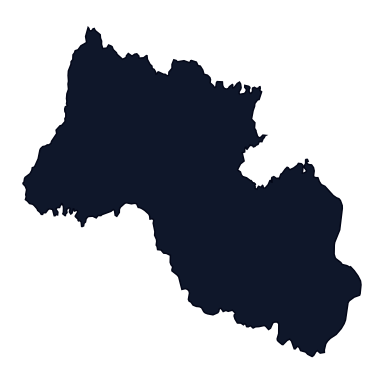 Venadillo, Tolima, Colombia (Equal Earth projection)
{"feature_id": "7082276B11434754616335", "entity_name": "Venadillo", "entity_type": "district", "adm_level": 2, "iso_a3": "COL", "parent_name": "Colombia", "parent_adm1": "Tolima", "projection": "equal_earth", "projection_center": [-74.942, 4.71], "detail": "fine", "context": "isolated", "style": "filled", "palette": "ink", "viewbox_px": 384, "rotation_deg": 0, "n_neighbors": 0, "source": "geoboundaries", "source_scale": "gbopen_adm2", "svg_char_len": 5865}
<svg xmlns="http://www.w3.org/2000/svg" viewBox="0 0 384 384"><path d="M324.9,186.3L321.3,184.6L319.3,181.5L317.9,177.7L315.7,177.7L313.8,176.9L313.6,175.3L314.2,170.9L313.5,167.6L311.6,164.9L308.5,164.5L307.0,163.3L306.8,162.0L308.2,161.3L307.4,159.4L306.1,159.4L305.6,159.9L305.6,163.5L304.2,166.1L304.6,168.0L306.4,170.4L306.3,171.4L305.5,172.3L303.0,173.3L302.3,173.1L303.2,166.3L302.5,164.7L301.2,163.7L298.4,163.4L297.3,165.2L293.6,168.0L290.2,169.6L289.5,169.5L288.2,167.7L287.1,167.3L285.2,169.2L282.2,173.4L280.9,174.1L279.2,178.8L278.1,178.1L276.8,178.6L273.8,176.6L271.9,177.5L271.6,178.6L272.2,180.6L272.2,182.0L271.3,182.2L270.6,180.4L269.9,180.6L268.2,184.6L265.1,188.1L263.5,188.0L262.8,185.6L262.4,185.4L261.1,187.3L258.5,186.3L256.8,189.3L255.2,188.5L254.8,188.0L255.3,187.0L254.6,185.7L255.4,184.5L255.2,183.9L253.9,182.8L253.1,183.0L251.1,180.6L250.5,180.7L246.6,177.8L242.6,176.5L241.3,174.7L240.4,171.9L237.9,170.2L237.7,169.3L240.5,163.9L244.1,161.0L242.2,152.8L244.7,151.9L244.7,149.0L245.3,147.4L246.0,147.2L246.5,148.9L247.1,149.2L250.2,144.8L251.0,145.6L252.3,145.3L253.4,146.9L254.9,146.4L256.2,145.1L258.0,144.4L259.3,141.5L261.9,141.7L263.2,138.6L264.2,137.7L265.1,135.7L265.7,135.4L262.9,135.1L260.4,137.6L258.9,137.6L257.6,136.4L256.1,131.9L256.0,130.6L254.5,128.2L254.9,122.7L251.5,119.1L253.1,110.6L254.6,106.3L254.8,103.6L257.5,99.9L259.1,99.5L261.6,91.8L259.8,90.5L260.3,88.1L260.0,86.7L259.4,86.8L258.8,87.9L257.3,88.4L256.1,88.4L254.5,87.3L252.7,88.0L252.4,88.9L252.5,91.3L251.2,93.4L250.5,93.5L249.1,91.6L249.2,89.3L249.9,88.0L249.8,87.3L248.7,86.3L244.8,85.4L244.7,87.3L246.6,89.8L245.4,92.6L244.0,93.6L239.8,94.3L239.1,93.4L239.1,91.8L240.8,88.9L241.1,87.6L240.6,84.0L239.5,82.1L237.2,83.5L234.1,87.6L232.8,87.8L232.7,84.8L232.3,84.5L229.4,86.7L228.4,88.4L226.6,89.1L224.7,88.6L223.4,87.3L222.6,85.2L222.4,81.9L217.2,81.6L216.5,82.6L215.9,86.6L215.2,87.5L214.6,87.6L213.0,85.4L210.1,82.8L210.5,79.7L209.9,77.6L207.5,75.2L203.9,74.2L202.8,70.1L200.3,66.1L198.0,65.6L196.4,62.1L191.4,60.5L190.7,60.7L190.2,62.0L189.2,62.6L184.0,60.7L177.4,61.8L176.2,60.5L173.8,59.8L172.0,64.4L172.0,68.3L168.9,72.1L168.8,75.0L168.4,75.5L167.0,75.7L165.2,74.3L163.6,74.3L158.5,71.9L157.7,72.2L156.9,73.8L156.1,74.2L155.3,71.4L154.1,69.4L152.2,68.5L151.9,66.0L150.0,64.3L147.4,59.4L147.0,55.7L146.4,55.6L143.6,57.8L139.4,58.1L138.9,57.7L138.9,56.1L136.8,53.8L134.7,54.2L132.0,56.1L128.3,53.5L126.5,55.7L126.1,57.5L122.6,59.3L117.1,54.4L116.4,52.7L113.2,49.6L112.1,46.7L110.9,45.9L108.6,45.0L106.8,48.1L102.7,48.5L101.5,44.3L101.6,41.1L100.5,38.2L100.2,34.7L95.3,30.6L94.2,28.5L93.0,28.9L91.7,30.7L90.2,30.9L89.4,30.3L88.9,28.4L88.1,27.5L85.6,36.5L86.6,42.5L80.9,45.8L78.0,49.8L75.2,50.7L74.4,53.0L73.0,54.8L72.8,59.5L71.1,61.7L71.0,64.3L68.4,70.9L68.1,75.4L68.5,81.2L68.0,84.0L68.5,89.2L66.9,93.8L66.5,98.6L66.9,101.2L66.5,103.9L67.5,105.5L65.3,106.9L64.7,109.1L64.9,111.5L65.8,113.3L65.8,116.9L64.9,118.6L65.1,121.4L61.6,125.5L60.1,125.7L56.1,130.1L56.7,133.6L51.6,141.2L50.9,143.5L48.8,144.9L47.2,144.9L45.3,146.1L42.7,146.6L40.6,148.6L39.9,150.1L38.2,158.7L35.0,165.9L34.2,167.1L32.3,167.7L31.8,170.4L30.0,173.7L25.1,177.4L24.5,178.6L24.0,182.0L23.0,183.1L23.1,183.9L25.3,186.3L26.6,189.7L25.7,194.7L26.2,196.8L25.4,199.6L27.5,201.1L29.5,203.5L32.6,204.2L34.1,205.4L37.0,208.7L37.7,210.4L40.1,212.4L41.3,214.4L42.6,214.4L43.2,212.8L45.7,212.7L48.3,209.3L49.8,208.8L52.6,209.5L54.2,215.7L55.1,215.7L55.9,214.6L57.6,214.9L57.9,212.1L56.1,209.5L56.1,208.6L57.4,207.6L59.6,207.5L60.3,205.5L61.2,204.7L61.6,203.5L62.1,203.5L63.3,206.1L63.5,208.1L63.4,212.3L62.8,213.8L65.0,215.6L65.4,215.6L65.7,213.9L67.0,212.7L66.5,209.1L67.7,208.9L68.3,208.0L69.6,208.0L70.1,208.7L69.4,211.9L70.8,214.0L72.0,213.1L73.3,208.9L74.0,209.1L74.5,211.0L76.4,210.4L77.4,210.7L77.7,212.0L75.4,215.7L75.3,216.6L78.0,219.2L78.1,220.4L78.5,220.9L80.0,220.7L80.6,221.2L81.2,222.3L81.6,226.4L82.0,226.6L83.6,225.9L84.0,223.4L85.5,222.0L86.1,218.9L87.5,217.1L88.6,216.5L92.7,216.2L96.2,217.9L98.1,215.5L100.9,215.6L102.0,214.6L111.0,211.3L113.2,209.5L114.5,210.5L115.2,215.3L116.8,216.3L119.3,212.5L119.4,209.4L120.3,207.3L124.9,203.2L126.6,202.8L131.4,203.8L134.5,203.3L136.6,203.7L138.2,207.4L140.1,207.7L142.1,208.7L144.7,210.4L148.7,214.0L149.6,215.8L150.0,219.1L152.4,218.7L153.5,219.8L153.7,220.7L153.2,223.2L154.9,231.7L154.6,235.2L156.5,239.5L156.7,241.5L156.2,245.1L157.1,246.5L157.6,249.6L161.0,250.0L163.6,253.1L166.4,253.4L170.4,255.3L170.2,262.3L171.0,264.7L172.7,266.8L171.9,269.8L172.0,270.9L177.1,274.9L178.7,276.8L181.9,289.4L185.4,288.6L187.4,289.3L188.9,290.8L189.5,293.0L188.4,299.4L189.1,301.1L191.0,302.1L193.1,305.1L196.4,306.4L199.5,306.7L201.6,307.7L203.8,311.7L205.2,312.9L207.6,313.8L213.0,314.8L217.8,312.7L218.8,311.2L219.1,309.3L220.0,308.5L221.1,308.4L223.2,311.5L225.9,310.4L228.2,311.3L232.4,310.2L235.2,313.0L235.2,314.0L234.3,314.8L234.1,316.1L235.0,319.0L237.4,323.0L241.0,323.1L243.4,324.8L244.8,323.6L245.8,324.4L246.6,326.6L248.2,326.8L250.5,325.7L253.1,328.0L255.5,326.8L259.0,326.6L264.2,325.5L265.7,326.2L268.6,329.5L270.5,328.2L272.9,322.8L274.7,322.0L277.5,322.1L278.8,324.0L278.7,333.6L277.2,338.7L277.3,340.0L278.3,341.4L282.1,344.5L283.0,344.6L287.1,340.4L289.7,339.1L291.5,341.1L294.2,348.8L295.1,348.9L297.1,346.6L298.2,346.5L299.3,347.7L300.6,350.6L305.6,352.0L307.8,354.3L312.1,356.5L313.6,355.5L316.0,351.6L317.3,350.6L320.2,353.1L324.4,352.4L324.3,349.9L325.8,343.7L327.7,340.9L330.3,338.3L336.2,334.4L341.2,328.6L344.1,323.7L345.5,320.0L348.0,302.8L349.2,300.8L354.2,297.1L359.6,295.2L360.1,293.8L361.0,284.9L360.5,280.9L358.0,276.0L354.2,270.7L350.6,266.8L350.1,267.3L346.8,265.6L342.2,264.5L340.8,262.5L336.1,258.9L335.2,257.8L334.1,254.1L334.3,244.9L334.7,242.3L339.7,229.9L342.3,208.4L342.2,205.5L340.4,200.5L338.9,198.7L336.5,197.8L333.2,195.5L324.9,186.3Z" fill="#0f172a" stroke="#020617" stroke-width="1.5"/></svg>